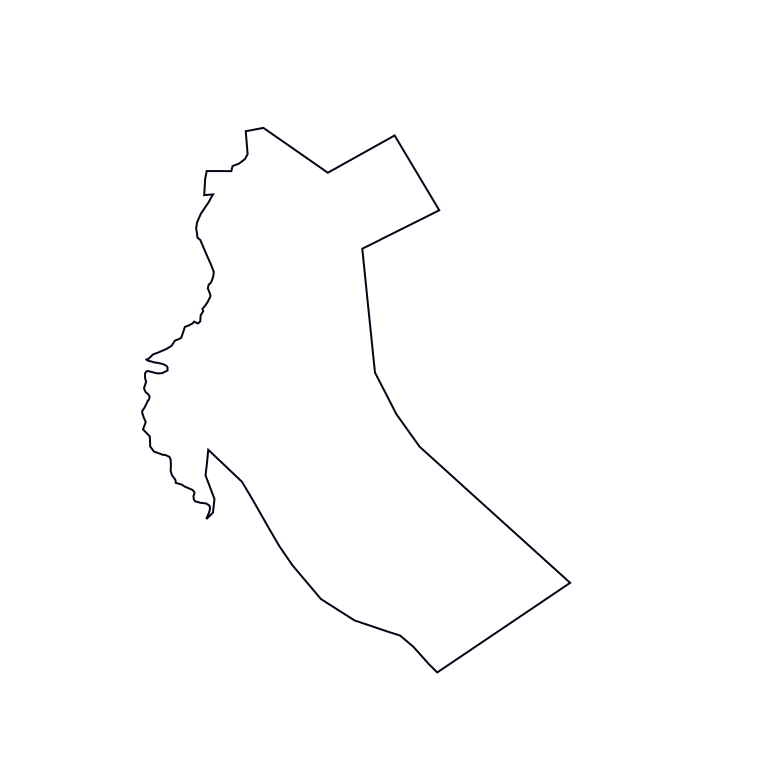 Badr, Al Buhayrah, Egypt, rotated 212°
{"feature_id": "37247803B14038420995681", "entity_name": "Badr", "entity_type": "district", "adm_level": 2, "iso_a3": "EGY", "parent_name": "Egypt", "parent_adm1": "Al Buhayrah", "projection": "albers", "projection_center": [30.722, 30.547], "detail": "fine", "context": "isolated", "style": "outline", "palette": "ink", "viewbox_px": 768, "rotation_deg": 212, "n_neighbors": 0, "source": "geoboundaries", "source_scale": "gbopen_adm2", "svg_char_len": 3214}
<svg xmlns="http://www.w3.org/2000/svg" viewBox="0 0 768 768"><g transform="rotate(212 384 384)"><path d="M120.8,314.0L250.8,337.2L320.6,349.7L357.6,365.0L365.6,369.8L369.8,372.3L383.5,380.5L397.7,388.9L405.8,399.3L432.4,433.5L452.3,459.1L453.1,460.1L453.3,460.4L474.1,487.2L463.0,505.3L462.7,505.9L429.2,560.6L506.7,600.4L543.6,533.4L622.0,537.3L635.2,525.1L624.4,510.6L623.9,509.9L621.5,506.7L621.1,501.1L623.8,494.0L627.9,488.6L626.3,483.6L637.8,476.5L647.2,470.6L644.3,463.1L636.8,449.3L636.6,448.9L629.4,454.2L629.3,449.0L629.2,447.6L629.0,445.2L629.1,443.4L629.2,442.0L629.2,440.3L629.2,440.2L629.3,439.0L629.3,437.2L629.4,434.7L629.5,433.1L629.6,431.6L629.0,428.0L628.4,423.5L628.1,421.8L627.4,420.2L626.4,417.9L625.6,416.1L624.3,414.8L623.1,413.5L621.6,411.6L619.7,409.2L616.3,408.9L609.4,404.1L601.6,398.7L597.9,396.2L596.2,395.0L594.9,394.2L593.6,393.3L592.3,392.3L590.6,391.0L589.4,390.1L587.8,388.9L587.1,387.5L585.9,385.1L585.6,383.8L584.9,381.0L584.5,377.9L585.3,375.5L585.1,374.9L584.9,374.0L584.2,371.9L582.9,370.9L581.4,369.8L581.3,369.7L581.2,369.6L580.3,369.0L578.5,367.6L577.6,365.9L577.4,364.2L577.3,362.8L577.1,361.4L577.0,360.4L577.1,357.8L577.2,355.5L577.8,351.5L575.9,349.9L575.9,345.1L573.0,339.7L573.9,336.7L578.1,336.3L578.3,334.2L579.0,333.0L579.6,331.9L580.6,330.2L581.6,328.9L583.1,326.9L582.1,322.9L580.4,315.4L584.3,309.9L584.4,303.9L586.6,299.3L587.1,298.4L591.0,292.7L591.9,291.4L593.9,288.8L595.5,286.7L596.6,282.5L597.4,279.2L599.4,278.9L596.5,278.7L595.2,279.1L593.8,279.6L593.5,279.7L590.7,280.5L589.3,280.9L588.7,281.3L587.6,281.9L586.2,282.3L583.1,283.5L581.2,283.9L578.0,284.1L576.3,283.3L575.6,282.1L574.7,280.7L575.9,278.9L576.2,278.4L576.8,277.4L578.1,275.4L580.2,274.0L582.0,272.8L584.2,272.1L589.2,270.5L591.1,269.9L592.3,268.3L592.2,266.3L590.9,264.1L590.4,263.2L588.6,261.4L586.9,259.7L586.3,257.2L585.9,255.7L585.4,253.5L584.4,252.4L583.0,251.6L582.8,251.4L581.6,250.7L578.5,250.4L576.0,249.0L575.4,247.4L575.1,245.8L575.4,244.4L575.1,242.3L574.9,240.3L574.8,239.5L574.6,237.9L574.6,235.5L574.7,233.1L574.3,232.2L573.0,230.7L571.3,229.4L570.9,229.0L570.0,228.3L569.1,227.7L567.8,226.8L567.6,226.7L566.8,226.1L565.9,225.5L564.3,217.8L561.0,217.0L558.6,216.4L557.4,216.1L554.8,215.4L551.9,211.2L549.1,207.1L543.4,204.8L539.5,205.6L536.7,206.2L536.4,206.2L534.2,206.7L531.6,208.0L529.1,208.3L527.4,208.5L525.1,207.1L523.6,204.9L522.2,203.1L520.0,199.2L519.1,197.5L517.5,196.1L515.9,194.5L513.7,193.6L511.5,192.8L509.7,191.8L508.2,189.8L505.4,190.6L504.1,191.0L503.7,191.1L502.0,191.5L500.4,191.5L498.4,191.4L495.7,191.9L492.8,192.3L490.4,192.7L487.8,191.9L486.8,190.8L486.2,188.1L485.0,186.3L483.8,185.2L482.2,184.4L481.6,184.5L480.8,184.8L478.8,185.4L477.0,185.9L475.2,186.7L473.8,187.4L471.5,188.4L469.8,188.4L467.7,188.4L466.1,187.1L465.2,185.2L464.7,184.0L464.1,181.5L463.9,179.9L463.5,177.3L463.4,176.9L463.1,175.3L460.9,184.3L466.8,196.6L479.0,205.9L486.9,211.9L492.2,223.1L498.2,235.1L452.6,225.8L437.6,218.1L429.3,213.7L423.2,210.4L405.8,201.0L402.0,199.0L386.8,191.0L365.5,181.7L336.2,172.3L323.5,168.2L300.4,168.0L283.6,167.9L249.5,176.0L237.0,179.2L219.8,176.7L197.4,170.2L186.0,167.6L120.8,314.0Z" fill="none" stroke="#020617" stroke-width="2"/></g></svg>